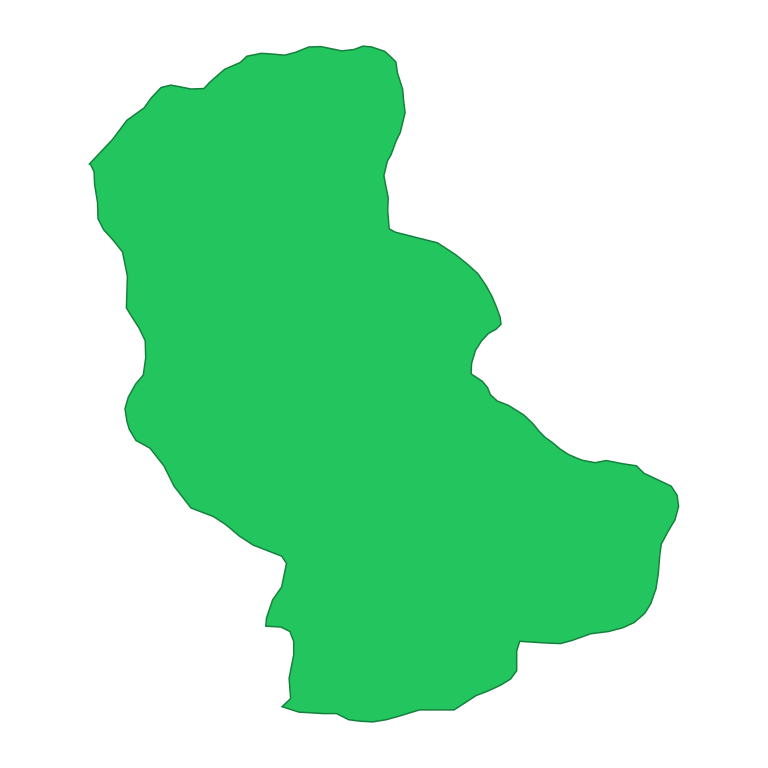 Julau, Sarawak, Malaysia (Mercator projection)
{"feature_id": "92858781B53713616698711", "entity_name": "Julau", "entity_type": "district", "adm_level": 2, "iso_a3": "MYS", "parent_name": "Malaysia", "parent_adm1": "Sarawak", "projection": "mercator", "projection_center": [111.958, 1.83], "detail": "fine", "context": "isolated", "style": "filled", "palette": "green", "viewbox_px": 768, "rotation_deg": 0, "n_neighbors": 0, "source": "geoboundaries", "source_scale": "gbopen_adm2", "svg_char_len": 2006}
<svg xmlns="http://www.w3.org/2000/svg" viewBox="0 0 768 768"><path d="M282.0,706.7L298.9,712.1L323.8,713.6L336.6,713.6L348.6,719.7L359.9,721.2L372.8,721.9L386.3,719.7L399.9,715.9L419.5,709.9L433.0,709.9L454.1,709.9L476.0,695.6L488.0,691.0L500.8,685.0L510.6,679.0L516.7,670.7L516.7,651.1L519.7,641.3L542.3,642.8L560.3,643.6L571.6,640.6L590.5,633.8L608.6,631.5L622.9,627.7L634.2,622.5L644.7,613.4L650.8,603.6L656.0,588.6L658.3,573.5L659.8,554.7L660.7,548.3L661.3,544.1L668.1,531.3L674.9,520.0L678.6,506.5L677.1,495.2L671.1,486.1L644.0,473.3L636.4,465.8L621.4,463.5L606.3,460.5L595.1,462.7L582.5,460.3L577.2,458.3L568.5,454.5L560.3,449.2L552.2,442.4L545.4,437.6L539.1,431.3L532.9,423.6L523.7,414.9L508.3,405.3L497.2,401.0L490.4,394.7L487.5,387.5L482.2,381.2L471.1,373.9L471.6,363.3L475.5,350.3L481.3,341.2L488.5,333.4L496.2,329.1L501.0,324.3L500.1,317.1L496.2,306.4L491.9,296.3L486.1,285.7L477.9,273.7L467.8,264.5L455.2,254.4L437.4,242.8L414.3,237.0L395.4,232.2L389.2,228.8L387.7,210.5L388.2,197.5L385.8,185.9L383.9,175.8L387.3,161.3L391.1,154.6L395.9,141.5L400.3,132.4L405.1,112.6L403.6,100.6L402.7,89.5L397.4,72.6L395.9,62.0L390.1,56.2L384.8,51.4L371.8,47.0L363.1,46.1L354.0,49.5L341.9,50.9L332.8,49.0L320.7,46.6L308.7,47.0L295.6,52.3L284.6,55.2L275.4,54.3L261.4,53.3L246.9,56.2L240.2,62.5L224.8,69.2L218.0,75.0L209.8,82.2L204.0,88.5L191.0,89.0L179.0,86.6L170.8,85.1L161.1,87.5L155.2,93.7L151.0,98.2L144.2,107.8L126.9,120.3L112.4,139.6L89.4,164.0L90.7,164.7L94.1,171.9L94.6,184.5L97.5,202.3L98.0,218.7L103.7,229.8L112.9,239.9L122.5,252.0L127.4,276.1L126.4,307.9L131.7,316.6L138.9,327.7L145.2,340.7L145.7,357.6L143.3,374.9L135.6,384.1L128.3,397.1L125.0,408.7L126.9,421.2L129.3,429.4L136.0,440.5L150.0,448.2L164.0,466.0L174.1,486.3L191.0,508.0L213.7,516.7L226.2,524.9L239.2,536.0L253.2,545.1L281.7,556.2L286.5,563.4L281.6,587.1L272.6,599.9L266.5,618.0L265.8,626.2L280.8,627.0L289.9,631.5L293.7,641.3L293.7,654.9L289.1,678.2L290.6,698.6L282.0,706.7Z" fill="#22c55e" stroke="#15803d" stroke-width="1.5"/></svg>